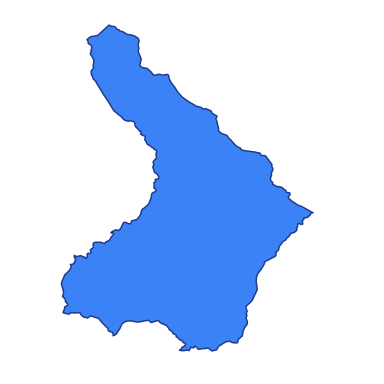 the district of Soibada, Manatuto, East Timor, rotated 275°
{"feature_id": "22284137B69618697341021", "entity_name": "Soibada", "entity_type": "district", "adm_level": 2, "iso_a3": "TLS", "parent_name": "East Timor", "parent_adm1": "Manatuto", "projection": "natural_earth1", "projection_center": [125.93, -8.852], "detail": "fine", "context": "isolated", "style": "filled", "palette": "blue", "viewbox_px": 384, "rotation_deg": 275, "n_neighbors": 0, "source": "geoboundaries", "source_scale": "gbopen_adm2", "svg_char_len": 5920}
<svg xmlns="http://www.w3.org/2000/svg" viewBox="0 0 384 384"><g transform="rotate(275 192 192)"><path d="M334.6,74.2L333.0,75.3L332.1,75.6L331.2,75.6L330.4,76.5L330.1,77.5L328.6,79.3L325.9,79.6L324.7,79.0L324.1,79.4L323.2,79.4L322.2,78.9L321.1,78.6L320.1,79.1L317.2,81.4L315.0,82.6L314.1,82.8L312.8,82.9L309.7,82.4L307.7,83.1L306.7,82.9L304.3,81.4L303.0,81.0L299.8,81.7L298.2,83.0L295.9,83.9L293.9,86.5L292.8,87.0L281.8,95.1L274.9,100.6L266.4,106.9L262.2,112.7L261.6,114.2L258.3,117.6L257.5,119.3L257.0,122.4L257.6,124.7L257.4,125.9L257.0,127.8L256.4,128.6L254.7,129.3L253.3,129.5L252.3,130.1L251.4,130.9L250.3,132.4L248.3,134.3L247.4,135.8L246.4,136.1L245.2,135.8L244.6,136.6L244.4,137.6L243.4,140.2L242.9,140.7L242.2,140.8L241.1,140.4L240.4,140.4L239.6,140.7L238.4,141.7L235.7,143.3L234.5,146.0L233.5,147.4L232.4,149.4L231.3,150.7L230.9,151.9L229.7,153.3L228.5,153.3L227.1,152.8L222.8,153.7L219.6,151.1L218.6,150.7L217.5,150.9L215.8,151.6L215.1,151.5L213.9,150.7L209.0,152.6L208.2,153.2L206.7,155.8L205.4,156.9L203.1,157.7L202.1,157.1L201.4,154.4L200.8,154.2L199.5,155.0L197.9,153.3L197.2,153.3L196.5,153.7L193.0,153.7L192.4,154.1L191.4,155.7L190.2,156.2L189.0,155.3L188.3,153.6L187.6,152.7L186.7,152.1L182.5,151.7L176.8,150.1L175.8,149.5L174.6,148.4L171.5,145.4L170.9,144.4L170.2,143.8L168.0,143.1L165.9,142.9L163.8,142.2L160.1,139.7L159.5,138.8L158.1,134.6L155.1,133.5L154.8,132.9L154.8,132.1L156.0,128.3L155.9,127.3L155.5,126.7L154.8,126.1L149.6,124.2L147.9,123.0L147.4,122.1L147.6,119.2L145.9,116.3L144.6,114.9L144.1,115.3L144.1,117.0L143.7,117.6L142.4,117.3L140.3,115.6L137.4,114.3L136.7,113.7L135.6,112.3L134.9,110.7L134.3,110.1L133.5,109.9L133.1,109.4L133.1,108.7L133.9,106.1L133.9,103.8L133.4,99.8L133.0,98.7L132.0,98.2L131.0,98.0L128.3,98.6L127.7,98.4L126.5,96.7L125.7,95.9L125.2,95.9L123.3,96.6L122.6,96.4L121.8,95.5L122.0,94.1L121.7,93.4L121.0,93.0L118.2,93.3L117.5,93.0L117.0,92.4L117.2,91.4L117.8,90.9L117.8,89.3L118.7,87.5L118.8,86.7L118.6,85.7L117.7,83.2L117.7,82.4L118.5,80.4L117.3,80.3L116.4,80.6L115.4,81.8L113.7,81.7L111.4,80.9L110.0,80.0L109.4,78.8L109.2,77.3L107.8,78.0L107.0,78.1L104.3,77.4L102.6,76.2L98.2,72.4L90.2,69.9L88.5,70.1L84.1,71.9L80.8,72.8L79.3,72.8L76.5,72.2L74.2,75.1L73.3,75.4L72.0,75.3L69.7,77.7L68.5,78.0L67.6,77.1L66.4,75.2L63.8,75.1L60.9,74.0L60.4,74.5L59.6,79.6L59.8,80.4L61.1,81.9L61.4,82.7L61.2,84.9L61.2,85.9L61.7,87.3L61.7,91.0L61.3,91.6L59.9,92.3L58.1,94.7L57.9,95.8L57.7,97.4L57.3,98.8L59.0,100.8L59.7,102.0L59.7,102.8L58.9,105.5L58.1,109.7L53.2,114.7L48.9,120.0L46.7,120.7L46.2,121.3L45.2,124.7L44.8,125.2L43.8,125.8L42.1,126.0L42.5,127.2L43.6,128.7L49.8,132.1L54.7,133.8L57.0,136.8L57.6,137.9L57.9,139.1L58.4,143.3L58.0,143.9L57.9,145.2L57.8,149.6L58.3,152.0L59.9,157.3L60.2,158.9L60.2,160.1L59.7,161.2L59.2,161.8L58.5,162.2L58.7,163.7L60.6,167.7L60.8,168.5L60.6,170.4L59.0,171.8L56.7,178.4L54.4,180.5L52.6,181.7L51.4,184.1L49.3,185.5L48.6,187.8L47.8,188.8L46.4,188.9L45.9,190.2L43.7,192.7L43.4,193.3L43.6,194.1L42.7,195.3L41.3,196.3L41.0,197.2L41.1,198.3L39.7,198.8L38.5,198.4L37.6,197.6L37.2,196.8L36.3,195.5L35.4,195.5L34.3,194.8L34.0,193.8L33.2,193.6L33.1,197.2L34.1,201.3L33.7,202.7L34.9,203.5L36.7,204.1L37.1,205.0L36.9,206.5L37.3,207.7L38.3,207.8L38.8,208.9L37.7,210.2L36.6,211.1L36.0,211.9L36.0,213.0L37.3,218.1L37.2,219.4L37.8,220.0L37.8,221.3L37.8,222.3L36.2,224.2L35.4,226.0L36.1,227.7L36.4,229.3L37.0,230.3L38.8,231.1L41.2,232.5L42.3,234.3L44.4,236.9L46.2,239.8L46.5,243.1L45.6,245.1L45.4,246.9L45.6,249.3L45.8,250.5L49.1,250.9L53.1,254.7L57.8,255.0L61.2,256.1L64.6,258.2L66.6,258.6L67.4,258.5L71.4,256.8L74.1,257.5L74.5,257.0L75.9,256.6L77.9,257.4L80.7,256.1L81.9,255.8L82.9,255.9L88.5,260.9L89.5,261.5L100.2,265.4L101.2,265.4L108.2,263.8L113.0,263.6L116.8,264.8L121.4,267.9L126.3,270.1L128.9,270.7L132.4,276.2L133.1,277.0L134.5,279.5L135.3,280.5L136.2,281.1L138.7,281.0L139.9,281.4L141.4,283.0L142.0,283.3L145.3,283.6L150.3,286.9L151.2,287.7L152.2,289.3L154.5,290.7L156.0,292.2L159.4,294.3L159.8,294.9L160.6,297.4L162.7,299.5L163.4,299.7L164.6,299.5L165.7,299.7L166.9,300.1L169.5,300.3L170.0,300.9L169.7,302.3L169.3,303.5L169.3,304.3L169.7,305.0L171.5,304.9L173.1,304.3L174.6,305.8L175.2,305.5L176.0,306.0L176.8,309.5L178.2,310.4L178.9,311.5L180.4,311.7L181.9,314.1L186.3,304.4L187.5,301.5L187.6,300.4L188.2,298.5L191.7,292.2L193.7,289.4L194.5,288.7L195.2,288.4L197.8,289.7L198.7,289.9L199.7,289.3L199.8,287.0L200.1,285.9L200.7,285.8L202.2,284.9L202.6,283.3L204.2,281.7L204.5,280.7L204.7,279.4L204.9,278.3L204.7,276.8L205.1,275.5L206.7,271.7L208.1,271.7L208.9,271.1L209.6,269.9L210.4,269.4L211.5,269.0L213.9,269.2L215.6,269.8L218.0,269.4L220.1,270.3L221.2,270.5L222.5,270.5L223.8,269.6L224.4,269.4L226.0,269.3L228.1,267.9L229.6,266.3L230.9,265.4L231.8,264.2L233.2,263.4L233.9,262.6L234.6,261.2L234.5,258.0L235.1,257.1L235.8,257.0L236.4,256.6L236.8,255.9L236.7,253.8L237.1,252.7L237.3,250.9L237.7,241.1L238.1,238.2L238.7,237.4L239.7,236.6L240.2,235.9L241.0,233.2L243.1,230.4L247.7,225.5L249.0,223.8L251.0,222.3L251.5,221.5L252.9,216.4L253.7,215.1L255.4,213.2L256.1,212.9L257.6,212.9L264.4,210.6L267.1,209.4L268.0,209.6L268.9,210.2L269.9,210.1L271.5,206.4L272.2,205.2L274.1,204.2L274.9,202.5L275.6,200.5L276.1,198.3L276.1,197.6L275.6,195.7L277.1,193.6L277.7,189.2L281.6,180.9L285.8,173.8L290.2,169.1L294.7,165.8L298.8,162.0L301.6,160.1L303.3,159.2L305.9,158.6L306.7,158.0L307.0,157.3L305.8,152.2L306.4,150.1L306.4,148.9L305.2,145.0L305.0,143.8L305.3,143.1L307.9,140.9L311.0,136.8L311.3,135.7L311.7,131.4L312.4,130.2L313.4,129.3L314.2,128.9L319.5,129.8L320.4,129.7L325.1,127.2L327.1,126.3L328.0,126.1L329.7,126.5L330.9,126.4L334.1,125.5L337.9,126.1L340.2,125.2L342.4,121.3L343.3,116.8L343.2,114.2L343.5,113.1L345.4,109.7L345.8,108.5L346.1,106.1L347.1,105.1L347.6,103.1L349.5,101.3L350.0,100.3L350.2,99.3L350.0,97.3L350.8,95.8L350.9,94.6L339.9,84.6L339.4,83.4L338.0,78.0L337.2,76.6L334.6,74.2Z" fill="#3b82f6" stroke="#1e3a8a" stroke-width="1.5"/></g></svg>